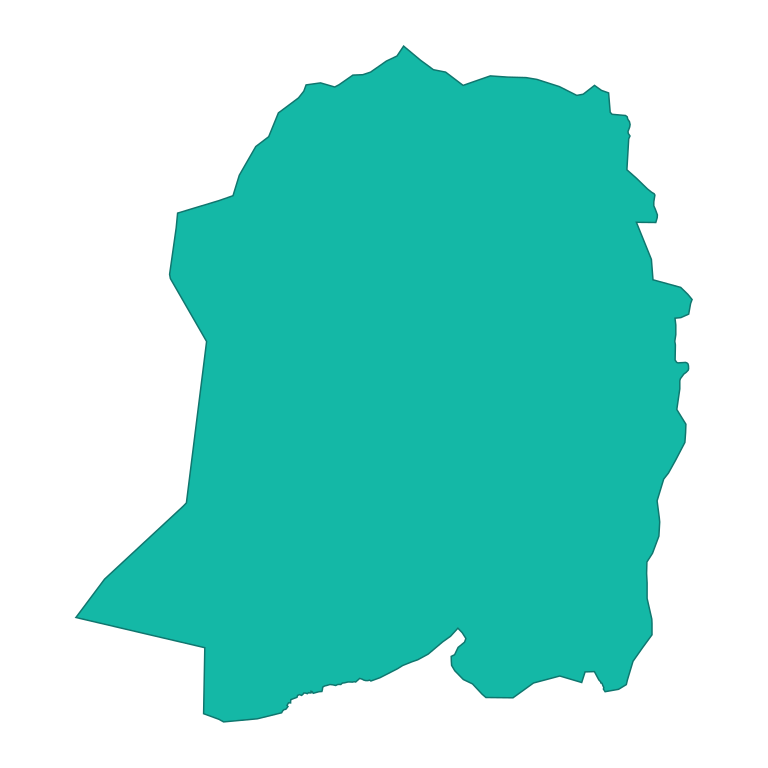 Batsari, Katsina, Nigeria
{"feature_id": "59680162B85415328791745", "entity_name": "Batsari", "entity_type": "district", "adm_level": 2, "iso_a3": "NGA", "parent_name": "Nigeria", "parent_adm1": "Katsina", "projection": "natural_earth1", "projection_center": [7.287, 12.843], "detail": "fine", "context": "isolated", "style": "filled", "palette": "teal", "viewbox_px": 768, "rotation_deg": 0, "n_neighbors": 0, "source": "geoboundaries", "source_scale": "gbopen_adm2", "svg_char_len": 2824}
<svg xmlns="http://www.w3.org/2000/svg" viewBox="0 0 768 768"><path d="M75.9,617.5L204.8,647.7L203.6,713.7L218.9,719.3L223.6,721.9L257.3,718.8L281.6,712.8L282.8,710.7L284.1,709.6L285.8,709.3L286.8,708.1L288.0,706.5L287.0,705.4L287.7,704.2L288.5,702.8L290.6,702.9L290.6,701.6L290.8,699.7L293.0,698.8L296.0,697.7L297.0,697.3L297.6,695.4L299.5,694.6L301.6,695.4L303.0,694.2L303.9,693.0L305.7,693.1L307.3,693.7L308.7,692.6L310.0,693.0L311.1,692.8L311.0,691.3L312.1,691.6L313.2,693.3L315.7,692.6L319.0,691.7L321.9,691.5L322.4,689.7L322.7,687.2L324.5,686.0L327.0,685.4L329.9,684.5L332.8,684.8L335.7,685.5L337.4,684.6L338.8,684.4L339.0,684.4L340.8,684.5L342.3,683.1L344.7,682.8L347.9,682.0L350.1,682.0L352.4,682.1L354.3,681.7L355.7,682.0L356.8,681.0L358.5,679.5L359.7,678.4L360.9,678.8L362.2,679.2L363.8,680.1L365.8,680.6L367.8,680.6L369.7,680.1L370.9,681.0L380.0,677.7L397.4,668.8L402.7,665.5L411.9,661.8L417.7,659.8L428.2,654.1L442.5,642.0L450.6,636.2L457.9,628.2L462.2,632.7L465.9,638.5L464.5,642.2L458.1,647.4L454.6,654.7L451.2,656.4L451.3,660.8L451.6,665.4L454.8,670.8L463.3,679.5L472.5,683.9L482.1,694.2L485.9,697.5L513.0,697.8L533.5,683.0L559.8,676.0L581.7,682.5L585.1,671.9L594.4,671.6L598.9,680.0L600.6,681.8L600.8,682.9L602.0,683.3L602.9,685.7L603.8,687.5L603.4,689.1L605.1,691.7L618.6,689.3L626.3,684.6L627.4,680.0L633.0,661.3L642.7,647.5L652.0,634.8L652.0,623.4L651.8,619.1L647.1,598.4L647.1,582.9L646.6,573.4L646.9,562.0L652.5,553.3L658.9,536.1L659.7,522.0L659.3,517.9L657.1,500.8L663.7,479.1L668.5,473.0L675.5,460.4L684.9,442.4L685.6,432.6L685.9,424.2L676.8,409.5L679.8,388.9L679.8,380.7L680.4,378.7L683.8,374.1L686.2,372.3L688.2,370.2L688.6,368.8L688.5,365.9L688.0,363.9L686.9,362.9L685.5,362.4L682.7,362.6L680.6,362.7L678.1,362.9L676.7,362.4L675.1,360.0L675.4,344.9L674.8,341.3L675.8,334.7L675.8,325.0L675.0,318.2L680.9,317.6L688.7,314.1L690.6,303.5L692.1,299.5L687.8,294.3L680.7,287.4L653.0,279.8L651.4,259.4L636.4,222.3L655.8,222.5L657.2,217.7L657.4,214.9L655.3,209.2L653.8,205.8L653.8,201.9L654.3,198.7L654.9,195.1L654.1,193.7L651.7,192.3L647.4,188.9L636.4,178.2L626.9,169.8L628.7,138.9L630.0,136.0L628.3,133.5L628.0,131.5L628.7,129.7L629.7,127.0L630.1,124.5L629.4,121.5L627.8,119.3L627.2,116.8L625.5,115.5L612.1,114.3L610.2,112.3L608.6,92.9L601.5,90.4L594.5,85.4L583.2,94.2L576.8,95.4L559.4,86.6L536.9,79.4L526.1,77.6L507.6,77.1L490.3,75.9L473.3,81.8L463.1,85.4L445.6,72.1L433.4,69.7L420.5,60.2L403.6,46.1L397.0,56.0L386.3,61.1L376.6,67.9L372.0,71.1L370.6,72.1L362.8,74.7L352.9,75.1L339.1,84.7L334.7,87.0L320.6,82.9L319.0,83.1L306.1,84.9L303.8,91.2L298.5,97.9L278.4,112.9L268.7,136.7L255.8,146.5L239.3,175.2L233.0,195.7L219.0,200.6L199.1,206.6L177.6,213.1L176.2,227.8L169.6,274.3L170.4,278.6L206.6,341.5L186.4,502.9L183.3,506.1L104.6,579.1L75.9,617.5Z" fill="#14b8a6" stroke="#0f766e" stroke-width="1.5"/></svg>